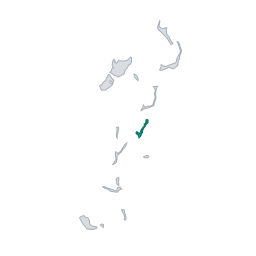 The Bahamas, with Cat Island highlighted, rotated 62°
{"feature_id": "BHS-5030", "entity_name": "Cat Island", "entity_type": "District", "adm_level": 1, "iso_a3": "BHS", "parent_name": "The Bahamas", "parent_adm1": "", "projection": "albers", "projection_center": [-75.539, 24.414], "detail": "fine", "context": "in_parent", "style": "filled", "palette": "teal", "viewbox_px": 256, "rotation_deg": 62, "n_neighbors": 0, "source": "natural_earth", "source_scale": "10m", "svg_char_len": 4060}
<svg xmlns="http://www.w3.org/2000/svg" viewBox="0 0 256 256"><g transform="rotate(62 128 128)"><path d="M78.4,106.2L78.3,109.7L78.5,112.2L78.2,113.1L75.4,114.8L74.7,115.7L72.0,116.7L70.4,118.0L69.7,115.8L68.1,114.4L67.9,112.1L66.7,112.9L65.0,112.4L62.3,110.6L60.6,108.2L63.0,107.8L63.5,109.3L65.5,107.5L65.1,106.6L64.7,106.4L64.1,104.7L67.2,100.1L67.9,97.1L66.6,92.3L67.9,92.0L71.2,93.8L72.6,95.5L72.6,97.7L74.0,99.5L75.9,103.7L78.4,106.2ZM80.4,119.2L80.4,119.9L77.8,121.6L79.7,122.9L81.5,120.2L82.8,122.4L83.5,126.7L83.4,127.4L83.5,128.0L83.8,128.9L83.8,130.0L82.3,133.7L77.2,133.2L77.2,130.1L76.4,129.5L75.3,125.1L73.7,123.6L71.5,119.9L72.8,119.0L74.6,119.3L75.4,118.9L77.8,118.6L79.3,118.1L80.4,119.2ZM201.4,205.5L200.6,207.6L197.9,211.6L191.6,212.7L184.8,213.0L184.2,211.9L184.0,210.9L184.5,209.5L184.5,208.9L184.2,208.3L186.7,207.6L188.3,205.7L190.9,205.4L194.2,206.6L195.9,206.7L198.5,205.2L200.5,202.1L201.8,202.5L201.4,205.5ZM92.1,72.6L91.6,72.8L89.4,69.9L87.6,69.1L90.4,67.1L91.6,65.4L91.7,61.7L92.4,59.6L92.2,57.8L92.8,56.0L92.0,54.0L89.7,52.3L85.2,45.8L78.0,44.2L74.3,44.0L76.4,43.0L78.3,43.2L81.2,43.9L84.7,44.2L86.8,46.1L88.8,48.7L90.6,49.7L91.4,50.4L91.3,51.1L91.6,51.8L93.9,53.0L96.3,54.9L97.0,60.5L93.7,63.1L93.0,71.1L92.1,72.6ZM60.3,48.7L63.4,49.6L65.0,49.6L66.0,49.0L70.6,49.3L74.2,48.5L74.7,50.1L74.6,50.8L66.8,51.4L59.6,53.5L55.7,54.9L53.8,55.0L52.5,54.2L47.9,49.5L49.1,50.0L52.5,52.7L54.7,52.3L56.7,50.6L57.1,49.3L56.8,48.7L57.7,46.7L60.3,48.7ZM106.7,84.5L110.9,87.7L114.5,89.0L118.3,93.0L120.0,94.4L120.3,95.7L119.6,101.6L118.7,105.2L118.8,108.3L117.9,107.4L117.0,105.3L115.5,104.1L115.0,103.5L117.7,103.4L118.0,100.2L119.3,97.6L119.1,95.0L116.0,92.1L113.8,89.5L110.5,88.7L107.4,86.1L105.6,85.8L103.3,86.2L104.1,84.7L104.7,82.7L105.1,82.3L106.7,84.5ZM153.3,157.9L153.1,158.7L149.8,153.0L145.6,151.7L143.3,150.3L143.7,149.5L145.4,149.2L145.7,147.4L145.0,145.5L142.8,141.6L141.5,138.9L141.0,138.3L140.8,136.1L143.4,139.5L144.5,142.6L146.2,145.6L147.4,150.7L150.7,152.5L153.1,154.9L153.3,157.9ZM170.0,177.1L168.1,177.9L168.5,176.5L172.0,173.9L174.0,171.7L175.1,170.9L175.4,170.3L177.0,169.5L177.7,168.1L177.5,167.0L175.9,165.1L175.9,163.7L176.4,162.8L179.1,162.3L178.4,163.8L179.6,167.8L176.0,172.8L172.9,174.4L170.0,177.1ZM141.0,121.0L141.2,122.5L139.4,122.2L136.9,122.7L136.0,122.8L136.5,121.8L138.3,120.4L138.4,119.2L136.2,117.3L133.7,112.8L132.5,111.7L131.9,110.0L129.8,108.2L130.2,107.2L130.7,107.0L132.1,107.4L135.4,114.0L135.6,114.6L141.0,121.0ZM200.4,170.5L202.0,170.9L202.9,170.9L205.9,171.7L207.7,172.8L208.1,173.3L207.2,174.3L204.4,172.4L202.0,172.2L198.6,172.3L197.3,172.0L198.1,169.8L200.4,170.5ZM173.7,162.6L174.3,163.1L172.7,164.3L168.9,162.9L168.1,163.0L167.3,161.5L167.0,160.4L167.2,159.4L169.4,160.2L170.6,161.6L173.7,162.6ZM88.7,97.7L85.8,98.3L83.7,97.7L83.2,97.2L84.1,96.4L86.0,95.8L89.2,95.8L90.5,96.5L90.7,96.9L88.7,97.7ZM131.8,142.3L130.7,142.4L128.8,141.7L124.2,138.2L122.1,137.9L122.8,136.0L124.4,136.7L128.1,139.6L129.5,141.1L131.8,142.3ZM163.7,124.7L161.7,127.7L160.6,127.5L161.2,123.6L162.6,123.0L163.1,123.0L163.7,124.7ZM204.2,196.6L200.7,198.0L200.3,196.4L202.1,195.0L204.2,196.6Z" fill="#d9dde1" stroke="#a8b0b8" stroke-width="1"/><path d="M140.8,120.5L141.0,121.0L141.5,122.6L140.3,122.2L139.8,122.2L139.1,122.2L138.0,122.5L137.6,122.7L137.1,123.1L136.5,123.1L135.8,122.7L135.5,122.1L136.1,121.8L136.4,121.7L137.0,121.4L137.5,121.1L137.8,120.7L138.2,120.7L138.5,119.9L138.4,119.0L137.8,118.5L137.1,118.4L136.5,117.9L135.2,115.7L135.0,114.9L134.5,114.2L134.4,113.8L134.2,112.9L133.8,112.2L133.1,111.8L132.3,111.7L132.4,111.4L132.4,111.1L132.3,110.7L132.3,110.4L132.1,110.1L132.0,109.9L131.8,109.8L130.7,108.8L129.8,108.4L129.6,108.3L129.4,108.0L129.4,107.8L129.5,107.6L130.1,106.9L130.3,106.8L130.7,106.9L130.8,107.0L131.5,107.7L132.2,107.9L132.5,108.1L132.8,108.4L133.0,110.3L133.1,110.8L133.4,111.1L133.8,111.5L134.2,111.9L134.5,112.8L135.2,114.1L136.7,116.2L137.1,116.6L138.1,117.1L138.6,117.5L139.3,118.9L139.4,119.1L139.7,119.3L140.8,120.5Z" fill="#14b8a6" stroke="#0f766e" stroke-width="1.5"/></g></svg>